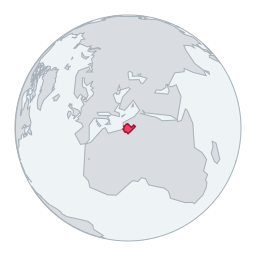 globe centered on Ajdabiya, rotated 316°
{"feature_id": "LBY-2983", "entity_name": "Ajdabiya", "entity_type": "Municipality", "adm_level": 1, "iso_a3": "LBY", "parent_name": "Libya", "parent_adm1": "", "projection": "orthographic", "projection_center": [21.402, 29.135], "detail": "fine", "context": "on_globe", "style": "filled", "palette": "rose", "viewbox_px": 256, "rotation_deg": 316, "n_neighbors": 0, "source": "natural_earth", "source_scale": "10m", "svg_char_len": 10238}
<svg xmlns="http://www.w3.org/2000/svg" viewBox="0 0 256 256"><g transform="rotate(316 128 128)"><circle cx="128" cy="128" r="113" fill="#eef3f6" stroke="#a8b0b8"/><path d="M109.0,17.0L117.1,15.9L118.1,15.8L120.7,15.6L121.4,15.6L134.5,15.5L129.9,15.5L133.4,15.7L135.7,16.1L130.5,15.9L133.9,16.5L126.7,17.3L112.7,17.9L108.9,19.5L95.0,23.5L96.4,23.6L92.0,25.7L92.0,26.7L89.4,27.5L91.7,27.6L94.1,26.8L95.9,26.6L96.1,27.2L92.8,28.2L92.2,28.0L91.4,28.7L89.7,29.0L90.7,29.1L86.7,30.5L90.9,30.1L88.0,32.0L85.3,32.6L85.2,31.3L78.6,30.5L75.8,31.3L72.0,33.4L65.5,39.9L62.5,41.5L58.8,44.6L60.6,44.1L64.1,41.6L66.5,41.7L70.5,38.9L72.1,38.7L76.4,36.7L76.1,38.5L73.5,41.4L69.9,43.4L68.7,44.8L72.4,44.4L66.0,49.7L62.3,56.4L60.6,57.8L56.8,57.6L56.0,53.7L51.0,54.6L54.6,55.7L50.3,59.7L49.7,61.2L50.2,62.1L52.0,61.3L50.6,63.2L46.5,62.5L47.7,60.7L49.0,60.9L48.6,59.2L45.8,59.4L43.8,61.7L41.7,60.3L40.3,62.0L39.0,62.9L41.4,60.1L37.1,65.3L34.3,66.4L28.2,76.0L33.8,66.5L35.5,63.8L36.1,62.9L40.9,56.5L46.3,50.5L52.0,44.9L58.1,39.7L64.6,34.9L71.4,30.6L78.5,26.8L85.8,23.6L93.4,20.8L101.1,18.6L109.0,17.0ZM18.1,103.2L18.2,103.9L16.9,109.6L17.9,106.0L17.3,110.4L18.1,116.0L17.7,116.8L18.2,128.6L20.7,137.0L21.3,142.5L20.8,144.5L22.1,147.1L22.2,148.9L29.2,159.2L34.4,167.4L35.2,173.3L32.9,176.9L35.5,188.4L32.6,187.2L35.0,191.4L35.5,192.3L30.9,185.2L26.9,177.7L23.5,169.9L20.6,161.9L18.3,153.7L16.7,145.4L15.7,137.0L15.4,128.5L15.6,120.0L16.6,111.5L18.1,103.2ZM27.0,78.2L26.7,78.9L22.8,88.9L23.4,86.4L23.6,86.1L24.9,82.8L26.8,78.6L27.0,78.2ZM28.6,76.1L29.1,74.8L28.8,75.7L28.6,76.1ZM76.3,35.9L76.3,36.3L75.5,36.4L76.3,35.9ZM78.1,34.7L77.1,34.6L77.8,34.0L78.4,34.1L78.1,34.7ZM137.7,15.9L139.3,16.1L136.9,15.8L137.7,15.9ZM79.1,34.9L79.2,33.1L80.4,32.1L83.8,31.6L79.1,34.9ZM139.7,16.3L143.7,17.2L145.4,17.2L142.8,17.8L140.3,16.7L137.0,16.2L139.3,16.4L139.7,16.3ZM94.7,26.3L92.2,27.2L94.1,25.9L94.7,26.3ZM95.5,25.5L98.7,22.3L102.5,21.4L100.7,22.6L105.5,21.2L105.8,22.3L103.2,23.3L100.7,23.6L102.7,23.9L95.5,25.5ZM140.7,18.2L140.9,18.5L139.8,18.2L140.7,18.2ZM96.7,26.5L97.0,25.8L100.4,25.0L100.4,26.2L99.3,26.0L96.7,26.5ZM106.6,20.4L109.1,20.1L110.0,20.9L111.1,20.9L106.1,22.3L106.6,20.4ZM98.7,26.5L100.3,26.8L98.9,27.8L96.7,27.1L98.7,26.5ZM101.3,24.3L102.8,24.0L102.0,24.5L101.3,24.3ZM95.0,31.8L95.3,30.9L97.1,30.3L95.0,31.8ZM101.0,26.9L101.5,26.5L102.2,26.3L103.0,26.7L101.0,26.9ZM107.1,22.8L107.0,23.3L109.2,22.3L110.0,23.0L106.5,23.8L108.3,23.8L108.6,24.0L105.5,24.5L107.1,22.8ZM105.9,26.3L101.8,27.9L100.9,29.7L99.3,30.2L101.0,27.2L105.9,26.3ZM105.9,25.2L105.6,26.0L103.8,26.1L102.9,25.6L105.9,25.2ZM111.7,23.2L111.4,21.9L112.2,21.8L111.7,23.2ZM106.0,26.8L107.0,26.4L106.2,26.9L106.0,26.8ZM110.4,24.2L110.2,23.8L111.1,23.6L110.4,24.2ZM109.2,26.2L107.8,26.6L107.2,26.3L109.2,26.2ZM110.0,25.3L111.3,25.2L107.8,25.9L109.8,25.0L110.0,25.3ZM111.3,24.2L111.7,24.0L111.2,24.4L111.3,24.2ZM112.3,27.4L108.1,28.3L106.7,27.5L111.0,26.6L112.3,27.4ZM176.9,26.5L172.0,24.6L159.2,20.5L164.5,22.1L163.7,22.1L165.9,22.9L169.6,24.2L169.8,24.1L177.8,29.2L187.5,34.9L185.9,32.9L187.7,33.4L197.4,39.8L211.2,53.4L213.8,55.5L215.8,57.8L217.7,60.7L214.8,57.2L214.2,57.3L212.3,55.2L214.4,59.1L211.7,56.2L214.7,60.9L216.7,62.5L215.8,59.9L219.5,65.6L222.2,67.8L225.7,72.8L231.5,85.9L232.9,92.7L233.6,94.7L232.5,94.2L233.5,99.7L237.5,107.1L238.2,110.2L238.7,119.2L238.3,117.0L235.4,115.6L236.7,123.6L238.9,126.5L239.7,132.6L238.8,132.8L237.7,127.6L236.7,126.9L235.7,120.2L232.4,112.3L231.4,116.4L230.3,112.5L225.6,107.2L223.4,113.0L220.8,128.3L222.4,138.5L220.6,144.6L213.5,133.3L209.8,124.2L207.5,126.5L199.9,120.8L187.6,125.2L185.6,123.0L183.4,125.2L178.0,123.9L174.8,120.2L171.6,121.3L180.1,131.2L183.4,130.0L185.8,124.5L187.6,128.3L192.7,130.4L188.0,142.3L169.3,156.1L167.1,148.5L150.7,128.8L151.0,126.2L150.9,126.0L150.7,125.5L149.6,129.8L146.7,125.7L155.8,140.2L157.6,146.5L169.1,156.6L168.1,158.0L171.7,159.7L182.6,154.1L182.8,156.7L177.8,169.8L162.3,188.1L164.2,197.3L162.7,205.2L152.5,211.5L153.0,216.8L147.7,219.2L147.0,222.0L142.5,225.3L135.1,228.3L123.1,228.5L122.7,226.3L117.2,221.3L109.7,208.0L113.1,201.7L112.2,196.3L103.4,183.4L105.4,176.4L102.9,173.1L98.0,173.4L95.1,169.4L92.1,168.9L72.9,168.2L66.9,161.9L59.4,144.2L62.8,138.7L63.1,131.2L86.0,110.0L91.2,112.4L109.5,111.0L111.9,112.1L110.0,118.0L124.1,125.7L128.2,120.7L140.6,124.2L148.7,123.3L151.0,111.8L137.8,113.0L135.2,107.7L145.6,102.0L157.0,101.3L156.4,99.2L148.9,95.4L151.3,91.2L146.3,93.8L148.5,95.7L145.4,97.5L143.2,95.9L144.1,94.4L140.6,93.7L137.1,101.6L138.9,104.4L129.8,106.3L132.1,111.3L129.7,113.7L125.0,106.3L125.3,103.4L116.7,95.4L115.6,98.5L123.6,106.4L121.2,105.8L119.8,110.5L119.0,106.4L110.6,97.5L102.2,98.8L91.9,109.6L86.9,109.9L82.5,106.8L85.8,95.3L96.6,96.0L97.9,92.4L95.4,86.6L98.9,87.5L99.2,85.4L103.2,85.5L108.6,80.9L112.6,80.6L114.4,74.4L116.7,73.6L115.0,77.4L116.0,80.1L126.0,79.9L127.9,78.5L128.2,74.6L130.9,75.3L130.0,71.6L135.6,69.9L127.9,69.0L128.1,64.9L131.3,61.8L130.0,60.4L124.8,65.6L124.0,67.9L125.4,70.0L122.0,76.8L118.6,77.9L117.0,70.6L112.1,71.5L113.0,65.9L126.5,54.6L132.3,52.4L142.5,56.9L141.4,59.5L137.1,59.0L141.4,63.0L140.9,60.9L143.1,61.6L143.9,58.3L145.5,58.6L143.5,55.0L145.5,55.1L146.8,57.4L149.7,53.0L154.0,52.5L153.8,51.4L152.5,50.3L158.8,50.6L158.4,49.8L156.2,49.4L154.0,47.5L152.6,44.5L154.9,44.8L155.7,45.9L160.8,48.9L162.6,52.1L163.4,51.9L162.3,49.2L156.1,45.5L154.6,43.7L157.8,45.1L156.5,44.4L156.5,43.6L158.6,43.1L155.2,41.5L151.8,33.3L155.5,32.0L158.7,33.9L158.7,29.5L162.9,29.0L160.8,28.4L159.4,26.4L158.1,26.5L157.0,26.1L152.9,21.8L153.7,21.2L149.6,19.4L148.5,19.2L147.7,19.5L142.8,17.8L145.4,17.2L147.6,17.6L147.8,17.3L152.9,18.4L157.2,19.3L162.7,21.2L165.6,22.0L165.3,21.8L169.1,23.1L172.7,24.6L176.9,26.5ZM78.6,122.1L78.0,124.4L78.6,122.1ZM169.6,106.4L176.2,105.4L172.5,99.0L174.8,98.1L172.7,96.4L172.2,98.5L167.0,93.7L169.6,91.0L168.4,88.1L166.1,88.4L162.2,94.2L169.7,101.0L168.5,104.2L169.6,106.4ZM18.1,116.1L18.1,117.9L17.8,117.0L18.1,116.1ZM22.7,88.2L22.2,89.4L21.7,90.9L21.9,90.3L22.7,88.2ZM21.2,98.1L21.2,100.0L20.9,99.0L21.2,98.1ZM22.4,90.4L21.3,96.9L20.8,95.7L21.6,91.7L21.5,93.1L22.4,90.4ZM27.1,78.6L26.6,79.7L26.2,80.4L27.1,78.6ZM28.4,76.8L28.4,76.6L29.0,75.5L28.4,76.8ZM50.5,59.7L50.8,59.8L50.9,61.0L50.1,61.1L50.5,59.7ZM55.9,63.6L53.5,66.5L54.6,64.3L53.0,64.7L53.4,60.9L59.8,58.4L56.9,60.1L55.9,63.6ZM55.7,55.4L54.8,57.9L55.6,55.3L55.7,55.4ZM96.8,74.7L98.3,76.2L96.9,78.5L91.7,79.6L93.7,76.2L96.8,74.7ZM100.7,77.8L100.6,70.7L103.8,70.0L102.0,71.5L104.1,71.8L101.8,74.4L105.0,80.9L104.0,83.5L95.0,83.7L98.5,82.1L96.9,80.7L100.7,77.8ZM94.7,56.5L94.7,54.2L101.6,55.5L100.8,57.6L95.7,58.7L93.5,56.9L94.7,56.5ZM85.1,34.7L84.6,34.3L85.5,33.9L86.7,34.0L85.1,34.7ZM95.0,31.4L88.0,36.6L87.1,36.2L84.0,40.1L80.6,40.7L82.7,38.2L77.7,41.7L78.2,39.7L75.0,42.3L80.1,36.5L80.4,35.1L81.4,36.4L84.6,35.7L86.1,35.0L90.4,32.1L92.5,29.0L96.0,28.1L98.0,28.4L98.0,29.0L95.7,29.3L97.4,29.9L94.1,30.8L95.0,31.4ZM118.4,35.5L115.7,35.0L118.6,37.7L115.3,38.1L115.8,38.4L113.6,39.6L111.7,41.6L110.2,41.5L110.2,42.4L108.7,43.3L108.1,44.5L105.1,44.9L104.2,46.5L103.3,45.8L102.5,48.4L101.8,46.7L99.8,47.9L101.5,48.9L87.0,49.5L81.5,51.5L77.2,54.4L76.6,51.3L80.1,47.0L85.7,42.7L91.2,41.3L89.9,40.4L92.1,39.5L92.2,40.6L93.4,38.4L95.3,38.1L100.3,35.1L100.9,32.5L102.7,31.5L103.4,32.4L104.7,30.8L107.3,31.8L108.7,31.2L112.6,31.7L113.1,33.9L114.6,33.0L117.6,33.6L118.4,35.5ZM113.4,27.6L114.8,29.8L113.6,31.3L107.4,29.8L105.8,30.3L101.7,29.7L103.4,27.8L104.4,28.1L105.8,27.9L104.7,28.6L106.6,28.0L108.0,28.4L109.9,28.1L109.8,28.9L113.4,27.6ZM114.4,109.9L116.2,110.2L118.9,110.0L118.1,113.1L114.4,109.9ZM108.5,103.8L110.1,103.5L110.2,107.5L108.4,107.3L108.5,103.8ZM110.9,100.1L110.2,103.2L109.4,101.4L110.9,100.1ZM116.5,77.0L118.1,76.5L118.4,77.4L117.5,78.8L116.5,77.0ZM126.1,44.7L124.7,43.9L125.2,43.4L124.2,40.9L126.5,40.5L128.1,41.9L126.1,44.7ZM148.9,114.0L146.6,116.4L145.4,115.5L146.4,114.8L148.9,114.0ZM131.7,115.1L135.7,116.3L131.4,115.9L131.7,115.1ZM128.5,43.9L127.8,42.8L129.4,43.3L128.5,43.9ZM128.2,40.2L130.0,40.5L126.7,40.2L128.2,40.2ZM182.9,226.3L181.5,227.1L182.9,226.3ZM180.8,200.1L172.3,214.3L167.3,215.4L166.9,212.1L170.3,203.9L176.3,200.4L179.4,196.0L180.8,200.1ZM239.4,144.7L239.2,145.5L239.6,143.2L239.8,141.8L239.4,144.7ZM239.5,143.3L238.8,142.3L235.7,133.8L236.9,132.1L239.7,135.0L239.5,136.8L240.0,138.3L239.5,143.3ZM240.5,133.5L240.5,129.6L240.5,126.2L240.6,125.0L240.3,119.2L240.5,133.5ZM222.9,139.2L225.2,143.9L224.0,145.9L222.9,139.2ZM234.7,97.5L234.7,99.3L234.1,97.9L233.8,94.8L234.7,97.5ZM228.3,77.3L230.3,81.3L231.1,82.9L230.1,81.1L228.3,77.3ZM147.5,41.4L146.4,45.1L147.1,48.0L149.9,49.8L145.4,49.1L144.3,44.6L147.5,41.4ZM151.1,34.2L148.5,32.9L149.9,32.6L150.7,32.9L151.1,34.2ZM149.3,34.0L145.7,34.2L144.5,33.0L147.6,33.1L149.3,34.0ZM137.1,38.6L136.6,39.6L135.3,39.2L137.1,38.6ZM234.8,92.2L233.4,88.4L233.0,87.1L234.8,92.2ZM215.5,57.0L214.8,56.2L214.4,55.7L215.5,57.0ZM213.9,55.2L216.1,57.9L216.3,58.0L219.1,61.8L217.5,59.8L213.6,54.8L212.1,53.1L213.9,55.2ZM199.4,40.9L199.6,41.0L202.0,43.1L195.9,38.2L195.0,37.5L199.4,40.9ZM194.1,36.9L194.4,37.2L186.1,32.6L184.1,31.5L189.8,34.0L190.4,34.6L192.7,36.0L194.1,36.9ZM142.1,18.5L141.0,18.5L141.5,18.3L142.1,18.5ZM156.3,26.2L154.9,25.7L155.5,25.4L156.3,26.2ZM151.4,24.2L151.7,24.9L150.4,24.0L151.4,24.2ZM152.6,26.7L151.4,25.1L153.8,26.8L152.6,26.7Z" fill="#d9dde1" stroke="#a8b0b8" stroke-width="1"/><path d="M134.2,129.9L134.2,130.1L134.2,130.8L134.2,131.2L134.3,131.8L134.3,132.0L133.7,132.0L133.0,132.1L132.0,132.1L131.0,132.1L129.9,132.2L128.9,132.2L127.9,132.2L126.8,132.2L126.0,132.2L125.3,132.1L124.7,132.1L124.1,132.1L124.1,129.5L123.9,129.5L123.4,129.3L123.0,129.2L123.0,128.4L123.0,127.9L123.2,127.5L123.4,127.2L123.4,126.9L123.4,126.6L123.4,126.2L123.5,125.9L123.6,125.5L123.8,125.7L124.0,125.7L124.3,125.7L124.5,125.7L124.8,125.5L125.0,125.4L125.5,124.9L125.7,124.7L125.8,124.5L125.9,124.2L125.9,123.9L126.0,123.8L126.2,124.0L126.3,124.2L126.5,124.3L126.9,124.3L127.2,124.2L127.9,124.3L128.0,124.3L128.4,124.2L128.5,124.2L129.0,124.1L129.4,124.0L129.6,124.2L129.8,124.3L129.9,124.5L130.1,124.7L130.3,124.7L130.5,124.7L130.8,124.8L130.8,126.1L130.8,127.4L130.9,128.6L130.9,129.9L131.7,129.9L132.5,129.9L133.3,129.9L134.2,129.9L134.2,129.9Z" fill="#f43f5e" stroke="#9f1239" stroke-width="1.5"/></g></svg>